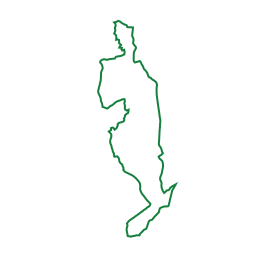 outline of Suna East, Nyanza, Kenya, rotated 58°
{"feature_id": "3690345B51291176928549", "entity_name": "Suna East", "entity_type": "district", "adm_level": 2, "iso_a3": "KEN", "parent_name": "Kenya", "parent_adm1": "Nyanza", "projection": "mercator", "projection_center": [34.508, -1.066], "detail": "fine", "context": "isolated", "style": "outline", "palette": "green", "viewbox_px": 256, "rotation_deg": 58, "n_neighbors": 0, "source": "geoboundaries", "source_scale": "gbopen_adm2", "svg_char_len": 4418}
<svg xmlns="http://www.w3.org/2000/svg" viewBox="0 0 256 256"><g transform="rotate(58 128 128)"><path d="M201.1,117.4L201.0,119.6L200.9,121.9L201.2,124.1L202.0,125.3L202.2,126.6L201.5,128.2L201.9,129.5L202.2,131.8L199.9,131.8L196.8,131.2L194.5,130.2L192.7,128.8L191.1,128.3L189.1,128.2L187.1,127.0L186.0,125.6L184.9,124.1L183.7,122.7L182.3,121.6L180.7,120.0L179.0,118.5L177.4,117.6L175.8,116.9L173.9,116.5L172.0,117.0L170.4,117.5L168.5,117.2L168.5,116.7L168.4,115.9L168.4,114.4L168.1,112.0L167.6,111.8L166.0,111.7L163.9,110.9L161.7,110.6L159.3,110.8L157.3,110.0L155.9,108.8L154.0,107.5L150.9,105.3L147.5,103.0L143.0,99.6L141.6,98.7L140.4,97.7L139.1,96.8L137.3,95.9L134.9,95.0L133.1,94.1L130.5,93.0L126.0,91.0L122.9,89.6L120.8,88.7L118.4,87.6L116.8,86.8L114.9,86.0L112.0,84.3L109.3,82.6L106.6,80.4L104.4,79.9L101.9,80.5L99.5,81.8L97.6,82.1L96.0,83.3L93.8,83.1L91.5,82.5L89.1,82.6L86.2,83.2L83.4,82.6L81.2,82.7L79.3,82.3L77.4,82.5L77.2,83.4L77.0,84.3L76.6,85.8L76.1,87.4L74.6,87.7L73.3,87.1L72.6,86.7L71.9,86.3L70.5,85.3L69.8,84.9L69.0,84.4L67.5,83.3L66.8,82.7L66.3,81.9L65.5,80.5L64.4,78.8L63.2,78.4L61.4,78.7L58.8,78.8L57.2,77.4L56.1,76.5L54.2,75.9L52.1,75.7L49.3,73.6L47.6,72.1L47.2,71.8L46.0,71.0L45.4,70.5L43.9,72.5L43.0,74.0L42.1,75.1L40.2,74.7L38.1,76.2L36.0,77.5L33.4,78.4L32.0,79.5L31.8,81.7L31.1,83.8L32.8,83.5L33.5,83.7L35.0,84.4L35.9,86.0L38.2,86.8L39.4,88.0L40.6,89.7L42.7,89.0L45.0,89.8L46.9,91.3L47.3,89.9L48.5,89.0L50.0,89.7L51.5,90.7L52.8,90.1L54.0,89.9L54.4,91.7L55.2,92.8L55.9,91.8L56.8,90.7L57.9,91.9L59.2,91.8L59.6,89.8L61.6,90.5L63.6,92.1L63.4,93.9L63.2,95.6L62.1,98.3L61.2,100.4L62.1,102.4L60.7,105.3L59.7,107.5L59.0,109.9L57.8,110.8L56.6,112.7L56.4,114.6L56.7,116.1L57.6,116.9L59.4,116.6L61.5,116.8L64.0,117.8L65.5,120.0L66.9,121.6L68.7,122.7L70.7,124.1L72.3,125.3L73.6,126.2L75.1,128.0L76.8,129.5L78.0,130.9L79.4,132.3L80.8,133.7L82.7,134.6L85.6,134.9L87.7,135.2L89.3,135.9L90.9,136.7L92.8,136.9L94.8,137.5L96.6,138.4L97.0,138.0L98.4,136.9L98.8,136.6L100.5,135.4L100.4,133.4L100.0,131.7L100.2,130.1L100.2,128.2L99.8,126.2L99.6,123.9L99.8,122.1L100.3,120.5L100.6,118.9L100.7,117.4L101.7,115.7L103.7,116.5L105.1,118.1L107.7,118.8L109.4,120.2L111.0,120.6L112.5,119.8L112.8,117.8L114.4,119.0L115.4,120.2L115.2,121.6L115.6,123.8L117.0,124.9L117.8,126.5L119.3,126.8L120.1,128.4L119.5,130.9L118.8,133.1L119.3,134.8L120.8,135.7L122.1,138.0L122.4,140.2L120.8,140.2L119.5,140.7L119.0,142.3L120.8,143.6L120.8,146.1L122.8,145.7L124.5,145.5L126.9,147.0L128.1,148.7L130.1,150.4L132.1,151.2L134.0,151.4L136.3,152.3L138.3,152.7L140.1,153.4L142.2,153.4L143.6,154.4L145.2,154.7L146.2,152.3L148.1,151.8L150.0,152.2L151.9,153.1L154.2,152.9L156.0,152.2L157.5,152.8L158.8,152.9L159.4,153.0L160.7,153.6L161.0,154.2L163.6,153.8L165.4,152.6L167.3,151.4L167.8,151.2L169.8,149.8L171.3,149.1L173.5,148.3L175.0,147.9L177.6,147.4L180.1,147.2L181.9,147.5L184.0,148.5L186.3,150.2L188.7,150.8L190.8,151.0L192.8,150.8L194.2,150.6L194.8,150.6L195.5,150.5L197.3,150.4L199.7,150.1L202.0,149.6L204.2,149.2L204.8,149.9L205.3,150.5L205.7,152.1L205.5,153.7L206.0,155.6L205.9,157.6L206.2,159.4L206.4,162.0L206.7,166.3L206.8,168.3L207.0,170.5L207.0,172.3L207.1,173.0L207.1,174.5L207.2,175.3L207.5,177.0L208.4,179.5L209.5,179.8L210.5,180.1L211.1,180.8L211.9,181.7L212.8,182.6L213.7,183.2L214.7,183.6L216.3,184.2L217.6,184.7L218.1,184.9L218.6,185.1L219.4,185.5L220.4,184.5L220.7,184.0L221.2,183.5L221.7,183.1L221.9,182.4L222.1,181.5L222.5,180.5L222.8,179.8L223.2,178.9L223.3,178.2L223.7,177.2L224.1,176.6L224.5,176.1L224.9,175.7L224.9,174.8L224.3,174.4L224.1,173.4L223.8,172.3L223.4,170.6L223.2,169.9L223.0,169.2L222.9,168.6L222.8,168.1L222.8,167.5L223.1,166.7L223.2,166.1L222.9,165.7L222.5,165.2L222.1,164.5L221.7,163.9L221.0,163.2L220.5,162.7L220.0,161.9L219.0,160.8L218.6,160.2L218.2,159.6L218.0,158.9L218.1,157.9L218.3,157.0L218.5,156.1L218.4,155.5L218.0,154.8L217.9,154.1L217.7,153.7L217.4,152.9L217.2,152.1L216.8,150.6L216.7,149.8L216.4,148.7L216.1,148.0L215.9,146.7L213.6,144.2L213.1,143.7L213.0,142.9L213.2,141.3L213.5,139.8L213.6,139.3L214.0,138.5L215.2,136.3L215.6,135.5L215.3,134.8L214.8,134.1L214.3,133.6L213.8,133.1L213.2,132.5L212.6,131.8L211.6,131.0L210.8,130.2L210.5,129.8L210.1,129.4L209.5,128.8L208.2,127.4L206.7,125.9L206.2,125.4L205.6,124.8L205.0,124.2L204.4,123.6L204.0,122.9L203.6,122.0L203.2,121.2L202.8,120.5L202.3,119.7L201.9,118.8L201.4,117.9L201.1,117.4Z" fill="none" stroke="#15803d" stroke-width="2"/></g></svg>